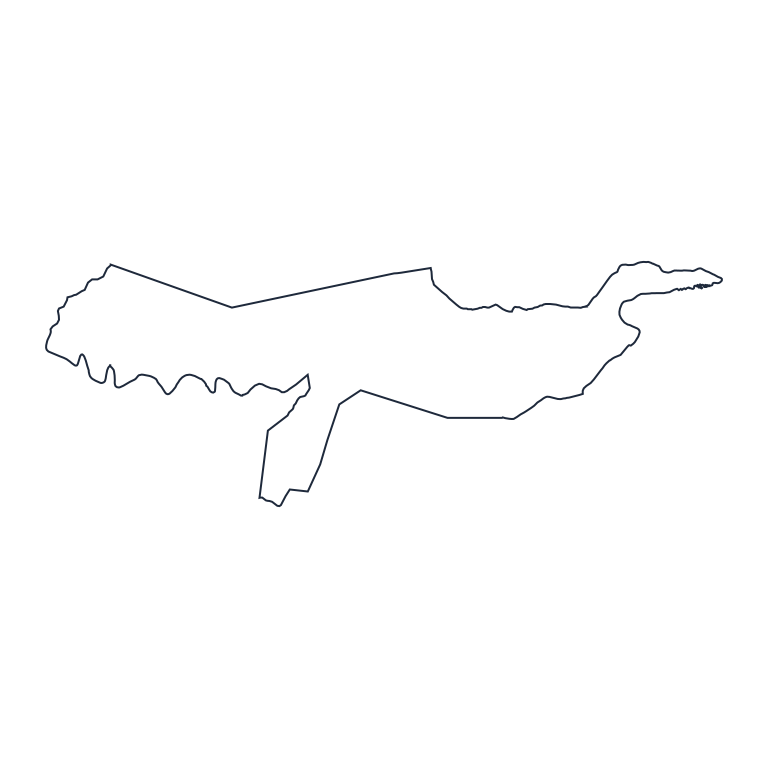 outline of Mamiku, Praslin, Saint Lucia
{"feature_id": "8701671B59649153426200", "entity_name": "Mamiku", "entity_type": "district", "adm_level": 2, "iso_a3": "LCA", "parent_name": "Saint Lucia", "parent_adm1": "Praslin", "projection": "natural_earth1", "projection_center": [-60.895, 13.866], "detail": "fine", "context": "isolated", "style": "outline", "palette": "slate", "viewbox_px": 768, "rotation_deg": 0, "n_neighbors": 0, "source": "geoboundaries", "source_scale": "gbopen_adm2", "svg_char_len": 6059}
<svg xmlns="http://www.w3.org/2000/svg" viewBox="0 0 768 768"><path d="M394.1,273.4L231.9,307.6L110.7,264.6L110.7,265.3L107.1,268.5L103.3,276.5L97.6,279.4L92.1,279.4L88.0,282.6L84.7,289.9L81.7,291.2L76.2,294.7L74.1,295.1L71.6,296.3L67.5,297.3L67.0,300.2L63.7,306.6L59.0,308.5L57.9,311.0L58.8,315.8L59.0,319.8L57.1,323.5L52.7,326.4L50.5,329.3L50.7,330.2L50.8,331.9L50.5,333.3L49.8,335.2L47.6,339.8L47.1,341.3L46.2,345.3L46.1,347.6L46.3,348.6L46.8,349.9L48.4,351.5L59.8,356.3L63.7,357.8L66.6,359.2L69.8,361.5L71.7,363.1L74.7,365.3L75.7,365.6L76.2,365.6L77.0,365.3L77.4,364.7L77.9,363.7L80.2,356.0L81.3,354.6L82.2,354.4L82.7,354.7L83.6,355.6L84.3,356.7L85.8,360.6L87.3,366.0L88.7,370.3L88.8,372.0L89.4,374.5L90.0,376.2L91.3,377.9L92.6,379.0L95.5,380.7L99.8,382.6L101.0,383.0L102.2,382.9L103.6,382.4L104.7,381.5L105.1,380.7L105.7,378.5L106.2,375.1L107.2,370.2L108.3,367.6L109.2,366.5L109.8,366.2L110.3,364.4L110.3,366.3L111.7,367.5L112.7,368.7L113.6,369.9L114.0,371.3L114.6,375.4L114.8,380.1L114.7,383.0L115.0,384.8L115.6,386.2L117.0,387.2L119.0,387.5L120.1,387.2L123.4,385.7L130.0,381.8L134.6,379.6L135.8,378.7L138.2,375.8L139.0,375.2L141.8,374.6L143.5,374.8L149.3,375.9L151.0,376.4L154.0,377.8L156.0,379.1L156.9,380.4L157.5,381.8L158.6,383.4L161.5,386.8L165.1,392.5L166.1,393.6L167.2,394.1L167.9,394.2L168.8,394.0L169.6,393.6L172.4,391.0L175.4,387.3L176.8,384.4L178.3,382.3L179.8,379.9L182.2,377.4L184.7,375.8L186.4,375.1L189.5,374.7L191.0,374.9L194.8,376.0L200.5,378.9L201.4,379.0L204.2,381.7L206.0,384.3L206.2,385.7L207.4,386.6L209.6,390.3L210.4,391.4L211.8,392.3L213.2,392.6L214.3,392.0L214.8,391.6L215.0,391.0L215.3,387.3L215.4,384.1L215.6,382.1L216.1,380.5L216.6,379.4L217.4,378.6L218.1,378.2L219.5,378.1L221.9,378.9L224.0,379.7L228.7,383.2L229.4,384.0L231.1,387.6L232.0,389.1L233.4,391.1L234.5,392.1L235.5,392.8L238.7,394.3L241.0,395.6L242.4,395.6L242.7,394.9L244.6,394.5L247.7,393.0L250.5,389.5L254.9,385.6L259.1,383.8L262.2,384.3L266.0,386.3L271.1,388.3L275.7,389.0L279.0,390.2L281.8,392.2L284.2,392.2L287.1,390.9L289.2,389.2L296.1,384.5L307.7,374.8L309.8,388.0L308.8,390.1L306.0,394.3L305.4,395.5L303.9,396.2L300.2,397.0L298.6,398.4L297.2,400.4L295.7,403.5L293.9,405.4L293.3,408.0L292.7,409.2L289.1,412.4L287.6,415.5L267.9,430.6L259.5,497.8L260.2,497.6L262.3,497.6L265.9,500.4L267.5,500.8L269.5,501.0L272.1,501.8L277.3,505.8L279.4,506.1L280.9,505.1L285.6,496.1L289.8,489.5L307.8,491.5L320.2,464.4L327.4,440.0L339.3,404.4L360.7,390.3L447.6,417.9L502.0,417.9L502.7,417.4L505.1,418.1L509.4,418.8L511.8,419.0L513.7,418.9L516.9,417.0L520.6,414.4L523.9,412.6L526.3,411.1L531.3,407.8L534.2,405.7L537.4,402.5L541.0,400.2L543.5,398.3L545.5,397.2L547.1,396.7L549.5,396.9L557.9,399.0L560.9,399.1L563.3,398.5L565.5,398.3L566.7,397.9L569.1,397.6L579.3,395.0L582.8,393.9L582.7,392.1L582.8,390.6L583.8,388.3L586.4,385.9L590.7,383.0L593.9,379.4L600.9,370.2L602.5,368.3L604.5,365.4L606.4,363.3L609.6,360.4L610.2,360.3L612.4,358.6L614.5,357.4L620.6,354.9L627.3,346.8L628.8,345.3L629.3,345.2L630.8,345.6L633.3,343.7L634.9,342.0L638.3,336.5L639.7,332.3L639.5,330.8L638.7,329.5L637.4,328.5L631.6,326.0L630.6,325.4L628.8,324.8L627.7,324.6L624.5,322.6L622.0,319.7L620.7,317.6L619.5,314.8L619.4,311.8L620.0,308.5L621.5,304.7L621.9,303.9L622.8,302.7L623.9,301.7L627.4,300.7L631.0,300.1L631.6,299.9L633.3,299.0L634.9,297.8L637.4,295.8L640.9,294.0L643.0,293.8L645.4,293.8L649.8,293.5L651.6,293.2L664.0,293.1L666.9,292.5L669.5,292.2L674.0,289.8L676.7,288.9L677.1,288.8L677.6,289.1L678.3,289.8L678.9,290.2L680.6,289.0L680.8,288.9L681.9,289.9L682.6,289.5L683.0,288.9L684.0,288.7L684.2,288.4L684.5,288.4L684.9,288.8L685.6,289.2L685.9,289.1L686.5,288.4L687.5,287.9L688.6,287.5L688.8,287.5L689.2,288.1L689.5,288.2L689.9,288.0L691.8,288.7L692.9,288.9L693.6,288.5L693.9,288.2L694.1,287.5L694.1,286.8L694.5,285.9L695.2,285.7L696.9,286.4L697.1,286.1L697.2,285.2L697.4,285.0L697.6,284.9L698.2,285.1L698.8,285.9L699.0,286.4L698.6,287.1L698.6,287.4L698.8,287.6L699.1,287.6L700.1,287.0L700.4,287.1L700.6,287.9L701.6,288.4L701.9,288.2L702.1,287.9L702.0,287.7L700.9,286.7L699.7,285.4L700.0,284.5L700.1,284.4L701.2,285.0L701.6,285.0L702.7,284.8L703.4,285.1L703.6,286.1L704.4,287.0L706.3,287.0L706.6,286.8L706.3,286.1L706.0,285.9L705.0,285.7L704.8,285.5L704.8,285.3L705.4,284.9L705.9,285.0L706.4,285.5L707.1,285.6L707.2,285.1L707.5,285.1L708.2,286.2L708.9,285.8L709.4,286.0L709.5,285.4L710.3,285.7L710.7,285.7L712.1,285.2L712.5,284.5L712.7,283.4L713.0,283.2L713.6,282.9L715.1,282.9L717.8,283.2L719.3,282.8L720.5,282.0L721.8,280.6L721.9,279.4L721.9,279.0L721.4,278.5L720.9,278.0L718.0,276.9L714.1,274.7L713.0,274.3L708.8,272.1L705.9,271.1L701.5,268.7L700.6,268.4L699.7,268.4L698.2,268.7L694.3,270.6L692.7,271.0L691.3,270.9L690.9,270.7L684.7,270.4L683.7,270.4L681.9,270.7L674.5,270.5L673.1,271.0L670.7,272.1L668.2,272.6L666.2,272.3L663.8,271.8L663.2,271.5L662.4,271.0L661.6,270.2L659.3,266.4L658.4,265.9L657.0,265.5L654.2,264.2L653.1,263.7L652.6,263.7L651.2,262.9L648.6,262.0L648.1,261.9L646.4,262.1L643.5,261.9L640.4,262.3L638.1,262.9L634.3,264.6L632.8,264.9L628.2,265.1L625.8,264.6L622.3,264.8L620.8,265.5L620.1,266.1L619.5,266.9L618.1,269.6L617.5,271.5L617.3,271.8L616.6,272.3L615.5,272.7L614.0,273.5L612.1,274.7L610.1,276.8L607.1,280.8L602.3,287.6L599.7,291.2L597.0,295.0L595.9,296.2L593.9,297.4L592.7,298.7L588.4,304.9L587.1,305.9L585.3,306.5L585.6,306.7L583.0,307.0L580.8,307.8L577.4,307.5L570.6,307.5L567.9,306.6L565.2,306.6L562.5,306.3L556.0,304.6L550.1,304.0L545.7,304.0L543.5,304.5L542.3,305.4L540.1,305.6L537.7,307.0L534.5,307.6L532.5,308.7L527.7,309.2L526.7,310.0L522.9,308.9L519.3,307.2L517.3,307.2L515.1,306.9L513.9,307.7L512.7,309.7L511.9,311.6L509.2,311.6L506.3,310.8L502.7,309.1L497.1,305.1L495.6,304.6L489.0,307.6L487.3,307.6L485.1,307.0L482.9,307.0L481.5,307.8L479.8,307.8L477.6,308.7L472.2,309.7L471.5,309.2L467.8,309.2L466.8,308.6L463.4,308.6L461.2,308.0L459.3,306.9L456.4,304.6L449.3,298.5L446.5,295.4L442.1,292.0L433.9,284.7L433.2,281.9L432.0,279.1L431.5,271.6L430.9,269.3L430.7,268.0L401.2,272.7L397.3,273.2L394.1,273.4Z" fill="none" stroke="#1e293b" stroke-width="2"/></svg>